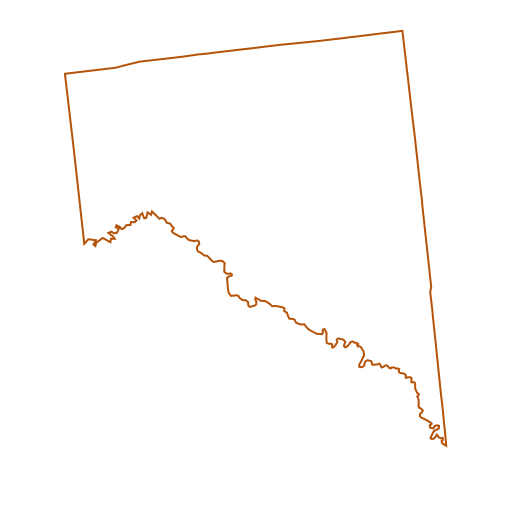 San Juan, Utah, United States of America, rotated 264°
{"feature_id": "52423323B48895226682919", "entity_name": "San Juan", "entity_type": "district", "adm_level": 2, "iso_a3": "USA", "parent_name": "United States of America", "parent_adm1": "Utah", "projection": "orthographic", "projection_center": [-110.349, 37.749], "detail": "fine", "context": "isolated", "style": "outline", "palette": "amber", "viewbox_px": 512, "rotation_deg": 264, "n_neighbors": 0, "source": "geoboundaries", "source_scale": "gbopen_adm2", "svg_char_len": 4168}
<svg xmlns="http://www.w3.org/2000/svg" viewBox="0 0 512 512"><g transform="rotate(264 256 256)"><path d="M175.2,303.8L174.4,305.2L172.3,308.1L171.6,312.3L171.4,313.4L172.6,314.5L174.7,314.5L175.9,315.0L176.2,316.4L175.1,316.9L172.3,318.1L166.1,317.3L162.2,317.3L161.0,319.4L161.0,320.9L160.2,322.5L158.9,322.3L157.6,322.1L156.9,322.8L157.0,323.4L158.7,325.4L161.9,327.9L164.2,327.4L165.4,329.2L164.8,330.8L164.1,333.1L163.5,334.3L161.1,335.9L158.9,334.6L157.3,334.0L155.8,335.2L156.0,336.3L157.7,338.6L159.3,340.1L160.6,341.2L160.9,343.4L159.5,344.7L159.2,346.8L157.8,348.3L157.0,347.2L155.5,347.8L155.4,349.5L154.3,351.0L152.8,351.4L150.1,353.0L145.8,353.1L143.1,351.2L140.5,349.7L137.2,347.3L135.0,347.1L134.3,350.0L135.7,352.2L138.3,352.9L139.9,354.0L140.7,356.0L139.4,359.6L135.6,360.4L135.5,365.4L136.1,367.5L134.5,368.4L132.9,368.8L132.0,369.3L132.5,371.3L133.4,372.7L133.7,374.1L132.6,375.7L131.0,376.5L130.1,378.3L131.0,379.4L130.6,381.9L129.3,383.8L129.4,385.1L128.6,386.6L127.5,386.3L126.1,385.8L124.5,387.1L124.2,388.7L123.5,391.1L121.9,392.6L121.1,392.3L119.1,392.3L119.5,394.3L119.4,396.2L118.6,397.8L116.7,397.8L115.6,397.5L114.6,397.2L113.9,397.9L114.1,398.6L113.9,400.3L112.5,400.9L110.9,400.8L107.9,400.4L103.2,401.8L101.5,403.6L100.1,402.7L99.5,401.7L97.7,402.3L96.2,402.7L91.9,402.4L89.9,401.8L87.9,402.5L87.3,403.9L84.9,405.8L82.9,404.2L81.9,402.7L79.7,402.3L78.2,403.3L75.0,408.4L71.6,412.8L70.8,413.1L69.9,412.2L69.5,411.1L67.1,411.2L66.5,413.0L66.1,414.6L67.6,415.7L68.3,415.9L68.7,418.6L67.9,420.3L65.4,419.8L64.8,418.6L63.3,414.6L60.0,412.4L58.3,411.4L56.4,410.6L55.7,411.6L55.7,413.8L57.6,415.8L59.4,417.1L58.3,418.0L56.7,418.7L55.4,420.7L55.6,422.6L53.5,422.5L52.5,421.2L50.1,421.7L47.4,425.3L60.5,425.6L64.7,425.5L86.6,425.7L98.8,425.5L155.9,425.6L178.6,425.6L183.3,425.7L201.2,425.5L202.9,425.7L206.7,427.0L287.8,426.7L291.6,426.7L291.7,426.9L314.3,426.6L359.5,426.4L383.1,426.0L403.8,425.8L404.3,425.8L423.9,425.6L424.2,425.6L425.1,425.5L428.1,425.5L430.4,425.5L440.0,425.4L464.6,425.1L464.3,408.4L464.3,408.0L464.3,405.3L464.3,403.1L464.2,400.1L464.2,399.5L463.9,384.7L463.8,379.1L463.8,377.1L463.7,368.4L463.6,368.2L463.3,339.9L463.4,315.0L463.4,311.6L463.5,304.6L463.3,288.0L463.2,284.9L463.2,283.5L463.0,273.9L463.0,263.7L462.9,263.3L462.9,257.1L462.8,254.9L462.7,243.6L462.6,235.5L462.5,234.1L462.4,227.1L462.4,225.2L462.5,219.3L461.9,204.1L461.9,199.0L461.8,198.4L461.5,163.6L461.5,161.0L459.0,142.8L457.9,135.9L457.2,85.0L383.6,85.9L286.0,86.5L290.2,91.0L288.4,98.4L284.4,95.6L282.7,97.3L285.8,98.4L290.0,105.5L284.9,112.6L288.3,113.6L287.9,117.2L290.5,115.8L294.4,111.6L295.3,114.6L293.4,117.3L293.7,120.1L297.8,122.6L299.1,119.5L301.1,120.4L299.4,123.4L296.8,125.1L297.6,127.9L300.2,130.2L300.0,134.3L302.8,135.3L302.3,139.1L303.8,140.8L306.8,138.3L308.1,141.7L305.5,143.8L308.4,144.7L310.5,147.3L305.1,148.8L305.4,150.9L310.7,152.7L308.0,156.0L311.2,157.2L303.1,163.9L303.6,165.3L303.8,165.8L302.5,168.9L298.4,170.7L297.1,174.1L293.9,175.8L292.7,177.0L291.7,177.0L290.9,176.1L290.3,175.2L289.3,174.9L287.9,175.8L287.1,176.9L286.3,177.7L285.8,178.7L285.2,179.8L284.2,180.8L283.4,182.2L282.7,183.3L282.9,184.9L283.2,186.0L283.0,187.8L281.4,188.8L279.3,190.4L278.2,192.9L277.3,195.7L277.6,199.2L276.5,200.6L273.8,200.8L272.7,199.7L271.1,198.2L269.2,198.0L267.2,198.4L266.1,199.4L265.6,200.6L263.9,202.7L263.0,203.3L261.8,204.9L261.3,207.4L259.9,208.6L258.0,210.1L256.4,211.2L254.4,213.2L254.8,216.6L255.1,220.0L254.5,222.0L252.1,224.2L250.0,223.6L245.7,223.1L243.7,222.8L241.6,224.7L241.1,227.4L241.4,228.7L240.0,230.2L239.0,229.7L238.4,226.8L237.4,225.0L233.1,224.8L229.6,224.7L225.2,224.6L221.6,225.3L219.0,226.9L218.9,230.5L219.0,232.4L218.2,234.4L216.4,235.0L213.5,237.9L213.1,241.0L211.1,243.3L208.6,243.2L207.3,243.3L206.0,244.5L206.4,246.7L206.8,249.4L208.0,251.3L210.6,251.5L212.8,250.7L214.6,251.2L213.8,252.2L210.9,256.3L210.3,260.4L207.2,264.4L204.4,266.9L204.3,270.4L202.8,275.2L202.1,277.2L200.8,278.9L200.5,278.7L198.1,278.4L196.4,280.8L192.6,281.7L190.1,282.7L189.7,285.5L188.6,287.8L185.6,288.8L183.4,292.6L182.9,297.0L178.4,299.8L175.9,302.7L175.2,303.8Z" fill="none" stroke="#b45309" stroke-width="2"/></g></svg>